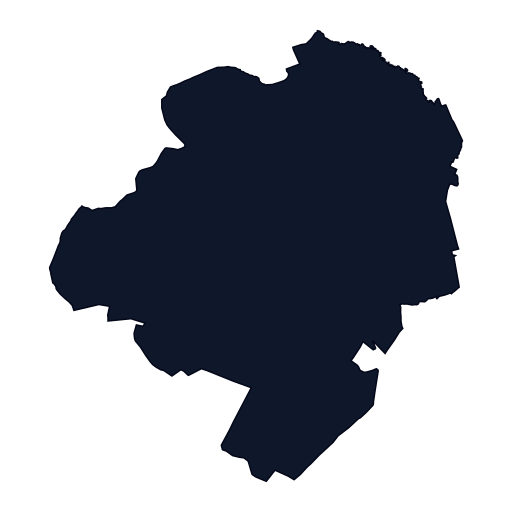 the district of Horodniceni, Suceava, Romania
{"feature_id": "2599482B51819489942135", "entity_name": "Horodniceni", "entity_type": "district", "adm_level": 2, "iso_a3": "ROU", "parent_name": "Romania", "parent_adm1": "Suceava", "projection": "albers", "projection_center": [26.192, 47.518], "detail": "fine", "context": "isolated", "style": "filled", "palette": "ink", "viewbox_px": 512, "rotation_deg": 0, "n_neighbors": 0, "source": "geoboundaries", "source_scale": "gbopen_adm2", "svg_char_len": 5864}
<svg xmlns="http://www.w3.org/2000/svg" viewBox="0 0 512 512"><path d="M348.6,427.8L358.4,418.7L360.2,417.9L365.7,412.9L373.0,405.2L373.5,403.2L373.4,402.2L375.0,391.2L378.2,370.9L378.0,370.1L376.6,368.8L376.2,368.8L371.9,370.6L366.0,372.2L363.8,372.2L360.5,370.6L359.7,369.6L358.5,366.8L357.4,365.3L352.0,361.5L351.2,360.3L353.1,357.9L360.3,346.9L362.9,341.6L373.2,349.8L375.5,348.7L375.6,348.0L374.0,344.2L372.4,341.4L373.3,341.2L385.1,353.5L387.1,350.3L394.3,340.2L399.1,332.4L402.8,328.4L401.9,326.5L401.0,321.3L401.0,316.9L400.6,312.7L400.7,307.0L399.8,304.7L402.6,303.8L404.0,304.1L406.9,304.0L412.1,305.0L414.8,304.6L416.5,304.8L418.0,304.2L418.5,303.5L419.2,301.7L419.6,301.5L424.8,301.8L426.6,300.4L427.7,299.0L428.3,298.8L432.2,298.3L436.9,296.4L436.5,298.1L436.6,298.6L437.0,298.7L439.0,296.6L439.8,296.2L445.2,294.9L449.8,293.2L450.5,293.1L451.5,293.8L452.5,292.6L454.3,291.4L459.2,287.1L453.8,256.8L455.5,255.6L452.3,254.8L451.6,250.8L458.6,249.0L457.3,245.1L450.5,218.6L445.6,201.5L447.4,190.3L449.7,184.2L451.9,184.1L454.5,185.4L456.9,185.9L457.8,185.1L458.2,183.7L457.8,181.8L457.7,177.1L456.8,175.1L454.7,174.4L456.7,169.4L450.8,166.7L450.2,166.3L450.3,165.7L450.5,164.8L451.1,163.5L451.0,163.2L451.7,162.5L451.6,162.1L452.8,162.2L453.2,161.9L454.1,159.1L454.8,157.9L455.5,157.6L456.8,158.2L457.8,157.9L457.6,156.4L458.0,154.5L459.0,153.9L459.2,153.1L459.1,151.7L460.0,150.9L460.6,149.5L460.9,148.2L461.4,147.3L461.6,146.3L461.2,145.6L461.5,145.3L461.6,144.5L461.2,143.8L461.6,143.3L461.3,141.9L462.2,141.7L462.4,141.2L462.4,140.5L453.7,122.1L451.9,119.7L445.8,105.0L445.4,104.9L441.6,106.2L440.2,103.0L438.8,98.8L438.4,98.5L437.3,98.9L436.3,100.6L435.3,101.5L435.1,101.8L435.3,102.7L434.2,104.5L433.8,104.3L433.3,102.9L432.4,102.3L431.5,100.7L430.2,100.4L429.4,100.5L429.2,101.0L429.8,101.6L429.5,102.0L428.4,102.1L427.7,100.8L425.5,99.4L425.8,98.8L426.6,98.2L426.2,97.7L425.2,96.6L424.6,96.5L424.2,95.3L423.2,95.1L423.3,93.3L423.0,90.8L423.2,89.0L422.7,88.7L421.9,89.3L420.5,87.5L421.4,87.0L421.1,86.4L420.6,83.5L421.8,83.2L421.7,82.0L420.1,81.6L418.8,80.9L418.4,80.4L418.4,79.4L419.1,78.8L418.9,78.2L418.2,78.2L416.5,76.6L415.4,76.5L414.8,75.2L413.6,75.4L412.6,73.8L412.2,73.6L411.4,73.8L409.5,72.9L406.5,73.0L405.7,71.9L407.3,71.1L407.6,70.7L407.6,70.2L407.0,69.3L405.6,68.4L405.3,68.5L405.0,68.9L405.4,70.5L405.2,70.9L404.7,70.9L402.1,68.9L400.8,68.9L400.5,67.7L399.5,67.5L399.1,66.4L397.9,66.0L397.6,67.0L397.0,67.1L396.1,66.6L395.8,67.4L394.5,67.7L394.2,67.5L394.4,66.4L392.9,66.5L392.9,65.7L392.7,65.3L391.3,65.3L390.9,64.6L390.5,64.5L389.9,65.5L389.3,65.6L388.7,64.9L389.0,63.3L388.8,62.3L388.5,62.3L388.3,63.4L387.9,63.7L386.8,63.5L386.6,62.2L385.2,62.2L384.9,61.7L385.0,59.8L384.8,59.5L384.4,59.7L384.4,60.4L384.1,60.7L383.3,60.9L382.5,60.4L382.4,60.1L383.9,58.9L384.0,58.6L382.5,57.7L382.3,58.1L382.6,58.7L381.3,58.7L381.3,58.0L381.6,57.4L380.6,57.2L379.4,56.2L379.4,55.6L380.9,55.3L380.8,54.9L380.0,54.3L380.8,53.7L380.9,52.8L380.4,52.5L379.5,53.2L378.0,50.7L376.1,50.2L375.8,48.9L374.5,48.1L374.0,48.2L373.7,49.2L372.8,49.4L372.7,48.8L373.3,47.4L373.2,46.8L372.4,46.1L371.6,45.8L370.4,45.9L370.1,46.9L370.9,47.6L370.7,48.2L369.9,48.4L367.9,47.7L367.0,48.5L366.5,47.6L365.7,47.4L365.1,46.7L364.9,46.6L364.0,47.5L363.8,47.1L363.8,45.4L362.6,44.0L361.7,44.1L361.7,45.3L361.0,45.5L359.6,44.7L359.2,45.5L357.8,43.9L356.9,43.8L356.4,44.3L355.9,44.3L355.1,43.3L353.0,42.0L352.3,42.5L351.6,42.0L351.0,42.0L349.8,42.7L348.8,41.6L348.3,41.5L346.3,42.7L345.4,43.7L343.5,43.9L341.3,43.5L340.4,44.1L338.6,44.4L338.5,44.0L339.1,42.7L338.8,42.3L335.3,41.9L333.5,42.2L332.5,41.3L331.1,41.4L326.8,38.5L325.0,37.9L323.9,36.4L323.7,34.8L323.0,33.7L321.2,32.9L320.1,31.5L319.3,31.1L317.4,30.7L317.0,32.5L315.1,33.2L315.1,33.9L314.1,34.7L312.9,36.7L311.4,38.7L306.9,43.2L305.9,43.9L301.3,44.6L292.8,47.3L293.5,49.9L299.8,64.0L286.4,69.0L286.8,71.2L288.2,72.7L288.4,73.4L288.6,75.0L288.2,76.2L287.4,77.8L286.0,79.3L284.3,80.5L281.0,81.8L272.4,84.5L265.3,84.9L264.4,84.2L261.9,83.7L259.2,80.8L258.9,78.4L256.7,76.8L255.3,76.5L254.1,76.7L252.0,75.4L249.5,75.2L248.2,74.1L244.9,72.9L243.0,71.6L241.0,71.4L240.2,69.6L238.4,69.4L235.2,67.6L231.2,67.3L227.9,66.6L224.2,67.2L217.3,67.4L206.5,71.6L200.5,74.4L192.2,77.8L190.5,78.8L185.2,80.8L178.6,84.0L177.8,84.1L177.3,84.7L175.7,85.0L170.5,86.9L167.4,92.1L166.5,95.8L161.8,99.5L161.8,108.1L164.8,120.0L167.1,124.9L169.6,128.2L175.4,134.7L184.1,143.3L185.1,144.9L184.6,146.8L181.8,148.3L177.7,149.7L173.3,148.7L166.2,147.9L165.0,148.4L161.5,153.2L157.4,161.0L155.9,163.2L153.1,166.4L150.3,167.6L142.0,169.9L139.5,171.3L138.7,172.4L135.9,178.3L135.8,179.1L136.8,189.7L136.5,190.8L135.8,191.7L134.1,192.7L127.0,195.0L121.9,199.9L120.2,201.2L115.3,206.7L111.6,207.8L105.9,207.8L100.7,208.6L98.5,208.3L92.0,210.5L88.1,208.0L85.2,207.6L83.0,206.8L81.9,206.0L81.2,207.0L79.1,208.8L77.3,211.5L75.4,213.9L75.1,214.7L71.2,219.4L71.0,220.6L67.5,225.6L66.0,228.5L64.7,230.1L63.2,231.0L61.8,233.1L60.2,238.6L60.4,239.5L60.0,242.5L58.4,245.6L53.5,258.4L49.6,267.6L49.9,269.7L50.7,272.2L50.8,273.6L52.8,282.9L54.1,283.9L55.3,285.6L56.0,287.0L56.1,288.5L56.7,289.7L60.1,293.9L65.0,298.5L69.3,302.1L72.3,305.5L73.9,310.4L98.9,304.5L109.6,306.3L107.7,315.2L108.0,317.3L108.0,321.0L131.0,318.7L145.2,323.2L142.8,326.3L136.4,324.9L134.2,332.7L134.1,334.4L134.6,338.6L135.3,340.8L140.5,347.2L145.9,355.7L150.2,361.7L152.7,364.6L156.2,367.2L160.8,369.8L163.6,370.4L171.9,376.0L180.9,369.7L183.7,371.1L188.2,375.3L188.6,375.3L201.4,368.7L207.6,370.8L233.9,381.4L251.3,387.7L233.3,422.1L229.5,430.0L221.3,445.2L222.4,449.5L222.7,449.8L226.3,451.1L232.6,455.6L239.5,457.3L243.7,457.8L247.3,460.4L248.3,461.5L251.9,473.9L252.3,474.6L255.9,477.0L266.3,481.3L275.0,470.2L288.1,476.1L294.1,479.7L300.3,474.5L306.9,467.3L310.9,463.7L319.1,455.2L333.1,442.3L338.1,435.8L348.6,427.8Z" fill="#0f172a" stroke="#020617" stroke-width="1.5"/></svg>